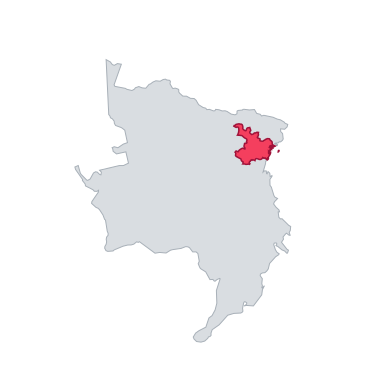 Cauca highlighted on a map of Colombia, rotated 167°
{"feature_id": "COL-1404", "entity_name": "Cauca", "entity_type": "Department", "adm_level": 1, "iso_a3": "COL", "parent_name": "Colombia", "parent_adm1": "", "projection": "albers", "projection_center": [-77.137, 2.145], "detail": "fine", "context": "in_parent", "style": "filled", "palette": "rose", "viewbox_px": 384, "rotation_deg": 167, "n_neighbors": 0, "source": "natural_earth", "source_scale": "10m", "svg_char_len": 9210}
<svg xmlns="http://www.w3.org/2000/svg" viewBox="0 0 384 384"><g transform="rotate(167 192 192)"><path d="M220.2,53.7L216.4,55.3L208.9,57.2L203.8,65.5L200.3,67.0L196.0,71.9L192.8,78.1L190.4,90.5L184.1,101.1L184.6,101.6L187.2,101.1L189.6,99.9L190.4,100.3L191.3,102.1L194.2,102.6L196.6,111.1L201.0,115.5L201.5,117.2L202.1,120.7L200.5,122.9L200.1,130.8L201.5,132.7L204.8,133.5L207.0,138.4L208.4,139.5L210.4,140.2L215.3,139.5L224.0,140.2L226.1,140.1L231.0,138.4L237.2,140.4L241.8,140.7L254.4,155.4L255.6,155.0L257.2,155.9L260.4,154.3L263.1,154.1L266.6,154.8L271.4,154.7L280.8,153.1L282.2,152.3L287.4,153.1L289.0,154.2L289.7,156.9L289.1,158.6L287.4,160.4L286.4,162.6L286.2,165.3L285.3,167.3L283.6,168.6L283.0,170.5L283.4,172.9L282.6,184.1L283.3,185.0L283.9,189.6L286.1,195.6L287.2,197.3L289.0,198.6L292.4,203.5L291.7,205.2L283.2,213.0L282.7,214.7L284.4,214.0L287.0,214.7L288.0,216.5L294.4,221.9L294.3,223.9L296.2,227.9L295.8,228.8L300.4,240.2L300.5,242.7L296.9,243.4L296.6,235.7L296.1,234.1L291.9,227.3L291.0,226.8L288.3,227.6L283.7,232.7L281.5,233.4L279.8,232.7L278.0,229.8L276.9,229.2L275.8,231.7L277.2,234.0L256.8,234.1L252.8,233.2L247.4,234.4L247.4,246.0L257.0,246.1L259.7,249.4L259.5,252.1L259.9,253.1L257.6,253.6L254.2,251.8L248.2,254.1L243.8,254.6L243.6,267.4L246.3,270.6L251.5,274.0L252.2,276.3L251.9,278.5L253.1,281.2L254.8,282.7L254.8,284.3L255.7,286.2L245.9,340.3L242.3,337.1L241.0,334.1L239.2,332.9L235.8,333.9L232.1,332.4L243.8,314.0L243.4,312.3L233.5,307.9L232.5,306.8L227.7,304.4L225.1,305.1L223.7,306.3L220.1,306.7L217.2,304.7L213.7,303.5L209.5,306.6L208.3,306.6L205.4,307.9L202.2,308.5L198.1,307.1L194.7,308.1L192.4,307.9L191.5,306.9L188.6,305.8L188.2,304.6L189.1,302.3L187.8,297.9L187.3,297.1L185.0,297.0L182.4,295.4L181.9,294.5L182.4,292.6L181.9,291.1L179.4,287.5L175.8,286.6L172.4,283.6L168.9,282.6L167.4,280.5L165.9,275.6L162.3,271.9L159.8,270.6L159.0,268.9L156.4,268.6L152.9,266.2L151.4,266.0L150.3,267.2L147.1,266.0L144.4,264.2L141.5,263.7L139.7,262.6L136.3,259.1L132.7,257.5L130.6,258.1L129.9,260.7L128.7,261.1L124.5,260.5L123.8,261.0L122.7,260.9L117.6,259.0L112.6,258.3L111.3,254.0L108.1,252.4L107.1,250.4L104.8,250.6L96.2,246.6L92.6,243.9L89.6,242.4L86.4,239.3L85.9,238.1L83.5,236.3L84.7,234.0L87.6,232.3L91.5,233.6L92.0,230.9L90.6,228.6L91.2,223.2L92.2,222.0L94.4,220.9L95.7,221.4L96.5,220.5L99.7,220.9L100.6,220.5L103.0,218.3L104.0,216.6L105.1,216.8L107.7,213.9L107.3,211.0L109.7,210.4L112.2,205.6L113.3,205.5L113.9,203.2L118.3,195.4L116.7,196.3L114.9,195.8L115.2,193.1L114.7,192.8L113.3,194.8L112.0,192.8L112.4,189.4L110.4,190.0L110.5,189.3L113.3,186.7L114.5,180.9L113.6,178.9L113.0,170.2L112.5,168.5L110.1,166.4L113.9,163.9L115.2,162.0L113.5,158.2L111.3,155.0L111.2,153.0L112.5,153.2L113.1,147.8L111.8,145.8L110.3,145.7L105.3,137.8L103.6,136.2L104.9,132.4L106.4,130.7L106.1,127.8L107.1,128.0L109.2,130.6L110.1,130.2L113.4,127.7L113.5,125.4L116.1,122.9L112.4,114.9L111.1,113.6L112.7,111.0L113.5,111.1L115.0,113.7L117.3,115.3L120.8,119.8L122.3,120.8L121.2,121.9L121.0,122.9L121.5,123.5L123.4,123.7L124.2,122.4L123.7,116.9L122.8,114.2L121.0,112.2L121.6,111.4L125.1,110.1L132.5,104.9L135.0,99.9L136.9,98.2L139.1,97.0L141.7,97.3L143.8,96.6L144.4,95.1L143.0,91.7L144.6,87.0L144.5,84.7L145.5,83.3L145.2,82.7L142.5,84.4L145.3,81.1L147.2,76.1L157.8,67.2L164.7,69.3L166.9,69.2L164.1,70.3L163.6,71.6L164.6,72.9L165.7,73.3L166.6,72.4L168.9,67.3L169.2,64.4L170.2,63.5L171.7,63.1L178.5,64.3L184.9,63.9L195.4,56.5L203.3,53.3L205.2,50.3L205.7,48.0L207.1,47.1L208.6,47.1L209.5,45.9L213.1,43.9L217.0,43.7L221.2,45.3L223.1,48.3L223.4,50.4L220.2,53.7ZM99.8,219.9L99.3,220.3L98.4,219.6L98.0,218.7L98.6,218.0L99.3,218.3L99.8,219.9Z" fill="#d9dde1" stroke="#a8b0b8" stroke-width="1"/><path d="M100.5,218.0L100.7,217.9L101.7,217.9L102.3,217.5L102.7,217.5L102.9,217.8L103.1,218.1L103.3,218.3L103.5,218.3L103.8,218.2L103.6,218.5L103.5,218.9L103.5,219.2L103.9,219.4L104.4,219.5L104.7,219.5L105.1,219.4L105.3,219.4L105.8,219.3L106.1,219.0L106.2,218.7L106.2,218.4L106.1,218.2L105.9,217.8L105.7,217.6L105.4,217.5L105.4,217.4L105.8,217.4L105.5,217.2L105.4,217.1L105.4,216.9L105.5,216.8L105.3,216.7L105.4,216.3L105.2,216.3L105.2,216.2L105.1,215.9L105.5,216.1L105.7,215.9L105.9,215.8L106.2,215.7L106.5,215.6L106.5,215.4L106.3,215.4L106.0,215.5L105.9,215.5L105.6,215.4L105.9,215.1L106.0,215.0L106.4,215.1L106.7,215.1L107.0,215.1L107.2,215.3L107.3,215.4L107.2,215.1L106.5,214.9L106.7,214.6L107.0,214.4L107.3,214.4L107.5,214.3L107.7,214.1L108.0,214.2L108.1,214.3L108.2,214.5L108.3,214.0L107.9,213.9L107.4,214.0L107.0,214.2L106.9,213.9L106.9,213.5L107.0,213.2L107.5,213.0L107.8,213.3L108.0,213.5L108.2,213.4L108.3,213.2L108.6,213.0L108.6,212.9L108.6,212.7L108.3,212.6L108.2,212.5L108.2,212.4L108.3,212.3L108.4,212.1L108.5,212.0L108.4,211.9L108.2,211.8L108.0,211.6L107.9,211.8L108.0,211.9L107.8,212.0L107.6,212.0L107.4,212.0L107.4,211.8L106.9,212.2L106.7,212.3L106.8,212.0L107.4,211.3L107.8,210.7L108.1,210.4L109.4,209.2L110.0,208.2L110.3,208.1L110.6,208.2L110.7,207.7L110.8,207.7L111.0,207.8L111.1,207.7L110.7,207.3L110.4,207.4L110.0,207.5L110.0,207.3L110.2,207.0L110.6,206.7L110.9,206.5L111.3,206.3L112.2,207.1L112.4,207.5L112.6,207.8L112.7,208.2L112.8,208.3L113.0,208.7L113.1,208.8L113.4,208.7L113.8,208.6L114.4,208.8L114.3,209.0L114.5,209.2L115.0,209.5L115.0,209.4L115.1,209.5L115.3,209.5L115.5,209.5L116.3,208.7L116.6,208.7L117.0,208.5L117.4,208.3L117.7,208.3L118.5,208.4L119.4,208.7L119.5,208.8L119.8,209.1L120.1,209.3L121.1,209.8L121.6,210.0L122.0,210.1L122.3,210.0L122.7,209.8L123.0,209.5L123.6,208.4L123.8,208.6L124.8,209.3L125.1,209.6L125.5,209.8L125.9,209.7L126.1,209.5L126.3,209.7L126.5,209.9L126.6,210.0L126.8,209.9L127.0,209.6L127.3,209.5L127.6,209.7L127.9,209.5L128.0,209.3L128.2,208.9L128.3,208.8L128.5,208.7L129.0,208.6L129.3,208.3L129.5,208.1L129.6,207.8L129.6,207.2L129.3,206.8L129.2,206.6L129.3,206.5L129.7,206.0L130.4,206.4L131.2,206.5L132.9,206.7L133.4,206.8L134.1,207.3L134.3,207.4L135.5,207.7L136.1,207.9L135.8,208.1L135.8,208.5L135.8,208.8L135.7,209.3L135.5,209.5L135.5,210.0L135.8,210.3L136.1,210.4L136.3,210.7L136.7,211.1L136.9,211.8L136.9,213.0L137.0,213.3L139.4,215.3L139.9,215.9L140.1,216.1L140.4,216.2L140.7,216.4L140.9,216.7L141.2,217.2L141.4,217.6L141.0,218.9L140.7,219.6L140.6,220.1L141.1,221.1L140.7,221.3L140.5,221.6L140.3,221.9L139.7,222.0L139.3,221.8L138.7,221.3L138.1,220.8L137.9,220.9L137.4,221.4L137.0,221.8L136.6,222.1L135.3,222.7L134.7,222.9L133.3,223.3L132.9,223.3L132.5,223.2L131.5,222.5L131.3,222.2L130.7,222.1L130.5,223.0L131.1,224.5L131.0,224.9L130.7,225.8L130.4,226.3L130.2,226.4L130.0,226.7L130.0,227.0L130.0,227.3L129.9,227.4L129.6,227.5L129.4,227.6L129.0,227.5L128.7,227.5L128.4,227.5L128.2,227.4L127.9,227.3L127.7,227.4L127.4,227.8L127.4,228.6L127.5,229.2L127.4,229.3L126.9,229.8L126.8,230.1L126.8,230.3L126.8,231.1L127.2,231.7L128.5,232.8L129.4,233.9L130.2,235.2L130.7,235.7L131.3,236.0L132.6,236.4L132.9,236.6L133.6,236.8L134.3,236.9L134.9,237.2L134.6,237.4L133.5,239.2L133.0,240.0L132.9,240.6L132.8,240.9L132.5,241.4L132.4,241.6L132.2,244.0L132.4,244.6L132.6,244.8L133.0,245.0L133.8,245.2L134.5,245.0L136.4,246.7L136.2,246.9L136.1,247.1L136.0,247.3L135.7,247.3L135.1,247.3L134.9,247.3L134.6,247.5L134.0,247.9L133.8,248.0L131.2,247.9L130.7,247.8L130.0,247.4L128.7,247.0L128.4,246.8L127.9,246.1L127.8,245.4L127.8,243.8L127.9,243.5L128.2,242.9L128.3,242.6L128.3,242.3L128.2,242.1L128.0,241.6L127.7,241.3L127.6,241.1L127.3,240.6L127.0,240.2L126.4,239.9L126.1,239.7L125.8,239.6L125.5,239.7L124.6,241.1L124.2,241.6L123.7,241.9L123.2,242.0L121.8,241.9L121.2,241.9L121.2,241.2L121.0,240.3L120.9,238.8L121.0,238.5L121.9,237.9L122.1,237.7L122.3,237.3L122.4,236.8L122.4,236.6L122.3,236.4L122.1,236.2L121.0,234.6L120.9,234.5L120.7,234.5L120.1,234.6L119.4,234.7L118.8,234.9L118.7,234.9L118.4,235.3L118.2,235.4L118.0,235.5L117.9,235.5L117.7,235.5L117.4,235.4L117.1,235.2L116.9,235.2L116.7,235.3L116.4,235.3L115.5,235.6L115.1,235.4L114.9,235.5L113.8,235.1L114.3,234.1L114.4,233.6L114.3,233.3L114.3,233.0L114.6,232.2L115.2,231.6L115.4,231.3L115.4,231.1L115.5,231.0L115.8,230.9L116.1,230.3L115.8,229.8L115.5,229.6L115.0,229.4L114.0,228.6L113.8,228.5L113.7,228.3L113.9,227.8L114.2,227.4L114.3,226.8L114.1,226.5L112.5,225.8L112.1,225.7L111.9,225.6L111.7,225.6L111.0,225.7L110.8,225.9L110.7,226.0L110.4,226.1L109.9,226.1L109.4,226.2L109.0,226.6L108.5,226.8L107.9,226.7L107.1,227.0L106.8,227.1L106.4,227.0L105.7,226.8L105.2,226.7L104.6,226.4L104.4,226.1L104.4,225.5L104.3,225.3L103.0,223.5L102.7,222.8L102.7,222.6L102.7,222.4L102.9,221.6L103.0,221.4L103.0,221.2L102.8,220.4L102.7,220.0L102.6,219.7L102.1,219.1L100.5,218.0ZM105.3,217.8L105.9,218.3L106.2,218.5L106.1,218.8L105.8,218.8L105.3,218.6L104.5,218.0L104.0,217.4L103.9,217.1L103.9,216.9L103.8,216.7L104.1,216.8L104.3,216.9L104.5,216.6L105.0,217.1L105.1,217.3L105.2,217.6L105.3,217.8ZM103.5,217.1L103.8,217.3L104.5,218.2L104.7,218.4L105.3,218.7L105.6,219.0L105.2,219.2L104.7,219.3L104.1,219.1L103.8,219.0L103.9,218.9L103.8,218.7L104.2,218.4L104.2,218.2L103.9,218.0L103.6,218.0L103.3,217.8L103.2,217.4L103.3,217.1L103.5,217.1ZM98.5,211.9L98.7,211.7L98.9,211.7L98.8,211.9L98.8,212.4L98.6,212.7L98.4,212.9L98.1,213.0L97.9,212.9L97.9,212.7L98.2,212.7L98.3,212.1L98.5,211.9Z" fill="#f43f5e" stroke="#9f1239" stroke-width="1.5"/></g></svg>